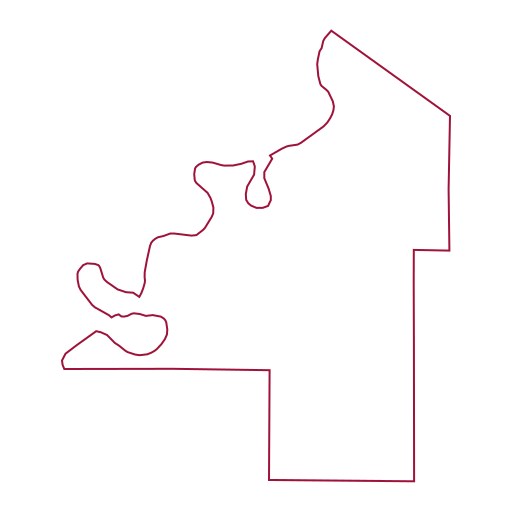 the district of Coahoma, Mississippi, United States of America
{"feature_id": "52423323B41224890056443", "entity_name": "Coahoma", "entity_type": "district", "adm_level": 2, "iso_a3": "USA", "parent_name": "United States of America", "parent_adm1": "Mississippi", "projection": "orthographic", "projection_center": [-90.749, 34.255], "detail": "fine", "context": "isolated", "style": "outline", "palette": "rose", "viewbox_px": 512, "rotation_deg": 0, "n_neighbors": 0, "source": "geoboundaries", "source_scale": "gbopen_adm2", "svg_char_len": 2015}
<svg xmlns="http://www.w3.org/2000/svg" viewBox="0 0 512 512"><path d="M414.1,481.3L414.0,408.3L413.9,340.8L413.7,282.6L413.8,249.9L449.4,250.6L448.6,189.2L450.0,115.9L448.6,114.9L331.3,30.7L325.0,37.9L323.3,40.8L321.6,48.1L319.5,51.4L318.9,54.5L317.9,59.0L317.2,64.2L318.3,76.1L320.3,83.9L321.5,85.9L326.2,89.7L328.2,91.7L332.8,101.3L333.9,106.4L333.4,110.4L332.1,114.4L330.2,118.1L327.4,122.4L323.7,126.3L300.8,142.9L297.6,144.6L288.6,145.9L286.3,146.6L281.8,148.7L270.0,155.5L272.2,158.7L264.3,172.1L264.3,178.2L268.4,188.1L268.7,188.9L270.8,196.0L270.8,200.2L269.8,202.2L268.1,205.9L262.6,207.9L256.5,207.9L251.1,205.6L248.3,203.3L246.2,199.9L245.8,194.0L247.2,186.5L254.1,174.6L254.8,166.5L253.9,163.6L253.0,161.3L248.0,161.5L241.3,163.8L233.1,165.5L224.2,165.6L221.3,165.1L212.7,162.6L206.8,162.0L202.6,162.6L198.6,164.7L196.0,166.9L195.1,168.4L194.2,174.1L194.7,179.6L195.1,181.0L196.4,183.0L207.6,192.9L210.5,198.0L211.9,201.9L213.4,207.6L213.2,213.4L211.7,216.9L205.0,227.8L203.2,229.8L196.4,235.1L191.5,235.6L174.0,233.5L170.3,233.5L163.5,236.0L157.9,237.3L155.4,238.7L152.8,240.8L151.2,242.8L150.0,246.0L146.8,260.5L144.7,272.2L144.6,277.2L145.0,280.5L144.7,283.1L143.2,288.3L141.3,293.2L139.3,296.9L135.8,294.5L133.1,292.7L126.0,292.2L117.6,289.4L107.0,282.0L104.4,279.6L103.2,277.6L100.3,268.1L99.1,265.9L98.3,265.1L94.7,263.9L87.2,263.4L83.2,265.1L80.1,268.7L78.1,271.6L77.5,273.8L77.6,279.7L78.9,286.4L80.6,289.9L92.1,304.9L95.0,307.4L108.8,315.1L111.5,317.4L115.1,315.4L118.7,314.4L121.3,316.4L124.1,316.6L127.7,315.8L131.5,313.8L133.9,313.3L139.7,314.0L145.9,315.9L152.7,315.1L160.8,316.6L163.8,318.5L165.4,320.4L166.3,322.6L167.3,329.6L166.9,334.6L164.8,339.3L161.3,344.3L156.7,349.2L154.5,350.9L151.3,352.7L147.3,354.3L139.7,355.2L135.3,354.6L127.6,352.1L125.3,350.7L119.1,345.7L114.8,342.9L107.0,335.0L100.7,332.2L96.2,331.2L76.8,345.1L65.5,353.7L62.0,360.5L62.6,364.9L64.3,369.0L172.7,368.8L269.6,370.2L269.0,480.0L271.4,480.0L414.1,481.3Z" fill="none" stroke="#9f1239" stroke-width="2"/></svg>